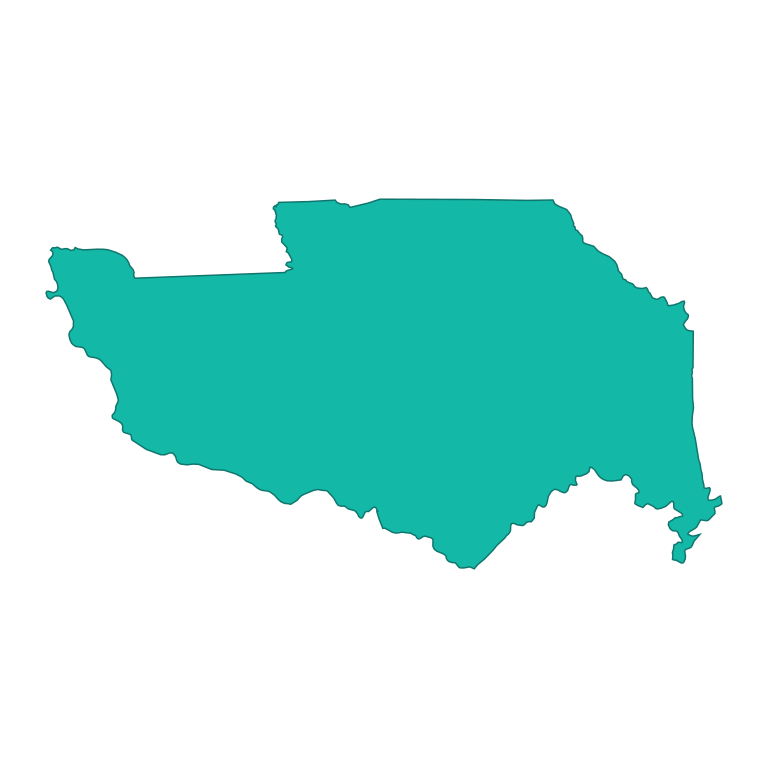 the district of Mopeia, Zambezia, Mozambique
{"feature_id": "85939544B50332228011696", "entity_name": "Mopeia", "entity_type": "district", "adm_level": 2, "iso_a3": "MOZ", "parent_name": "Mozambique", "parent_adm1": "Zambezia", "projection": "albers", "projection_center": [36.206, -17.867], "detail": "fine", "context": "isolated", "style": "filled", "palette": "teal", "viewbox_px": 768, "rotation_deg": 0, "n_neighbors": 0, "source": "geoboundaries", "source_scale": "gbopen_adm2", "svg_char_len": 6074}
<svg xmlns="http://www.w3.org/2000/svg" viewBox="0 0 768 768"><path d="M115.6,409.6L114.8,412.2L112.2,415.3L112.3,417.5L113.1,418.6L119.2,421.6L121.4,423.4L122.4,425.1L122.8,426.6L122.5,430.3L123.7,432.3L130.2,434.4L131.2,435.5L131.7,439.4L132.3,440.2L146.3,449.4L160.6,454.7L164.8,454.8L169.5,453.0L171.4,452.9L172.6,453.3L173.9,454.2L175.7,456.9L176.7,460.3L177.7,462.3L180.4,464.0L187.0,464.8L192.8,464.1L198.6,464.3L211.7,469.5L224.1,470.2L235.9,474.0L242.1,477.2L246.1,481.1L252.3,483.7L256.6,487.5L259.7,489.5L262.4,490.4L267.4,491.0L270.0,491.9L274.4,495.1L278.3,499.5L281.1,501.9L284.6,503.4L288.3,503.7L290.7,504.3L297.1,500.3L300.7,496.2L303.7,494.4L313.7,490.3L317.8,489.5L322.0,490.3L325.9,490.6L327.4,491.1L333.7,498.0L336.7,503.4L338.2,505.3L340.6,506.1L344.6,506.1L348.3,508.9L354.9,510.7L357.5,513.7L358.8,516.6L360.4,517.9L361.6,518.1L362.7,517.2L365.2,512.1L366.7,511.4L368.7,511.5L372.9,507.7L374.4,507.1L375.7,507.4L377.4,510.6L376.9,510.4L376.8,511.5L379.1,519.0L382.8,528.3L385.0,528.2L392.2,532.2L395.3,533.0L397.3,533.0L401.9,532.2L410.5,533.2L415.8,535.9L417.2,538.2L418.5,539.0L420.0,538.6L423.0,536.6L424.8,536.1L431.4,537.9L433.0,539.5L432.9,546.1L434.1,549.0L436.8,551.2L442.3,553.4L445.3,555.1L445.8,555.7L446.3,558.0L447.3,560.1L448.9,561.5L451.8,562.5L455.4,562.8L458.5,566.8L459.5,567.6L460.9,567.9L464.0,567.9L469.9,566.9L474.3,568.8L477.4,564.9L484.8,558.7L493.2,550.0L496.7,545.6L504.7,538.1L506.3,535.8L508.5,534.0L509.9,532.0L510.5,530.4L510.7,525.6L511.5,523.6L513.8,523.3L517.2,524.8L522.4,525.6L524.3,524.8L526.5,522.4L528.6,521.7L531.4,521.7L534.3,518.1L534.5,512.4L537.3,506.2L538.6,504.7L542.7,507.0L544.4,506.9L546.0,505.4L547.1,502.4L548.3,496.4L550.9,492.1L552.2,490.7L554.2,489.5L555.1,489.3L557.9,489.9L560.0,491.2L563.2,492.5L564.3,492.7L565.7,492.4L567.6,490.6L569.1,486.2L570.0,484.8L571.5,484.4L573.2,485.2L576.4,485.1L577.0,484.6L575.4,480.3L575.7,476.7L576.7,476.2L580.6,476.1L586.8,473.6L589.0,471.5L590.0,467.2L591.8,467.7L594.3,469.4L598.7,475.8L600.4,477.5L603.2,479.4L607.2,480.8L612.1,481.0L621.1,479.9L623.2,475.9L625.5,474.6L627.0,474.9L629.4,476.2L631.7,479.2L631.6,481.7L632.7,484.6L637.5,488.6L638.4,489.9L639.0,491.6L638.8,492.6L636.2,493.5L635.5,494.4L635.5,499.7L634.8,502.9L635.2,503.9L637.7,505.4L642.7,507.4L643.4,507.1L645.5,504.6L647.8,503.6L653.8,506.6L655.6,508.4L657.1,509.0L660.9,508.3L664.9,506.7L666.2,506.0L671.1,501.6L672.3,501.4L673.3,502.0L673.7,503.1L673.9,507.8L674.5,508.9L681.2,513.0L682.2,514.0L682.6,515.5L682.2,516.2L679.1,516.8L677.1,517.8L675.3,517.7L672.6,519.9L668.9,522.0L668.3,524.7L670.0,528.6L671.8,530.2L672.9,530.8L675.8,530.9L677.5,531.8L678.5,533.5L679.2,535.8L681.9,539.6L682.4,541.9L681.7,542.6L678.2,542.2L676.2,544.1L673.9,545.0L673.5,549.1L672.4,552.5L672.9,556.0L672.5,559.3L673.2,559.8L676.2,560.3L681.3,563.0L682.8,563.0L683.7,562.3L685.2,559.1L685.5,556.0L684.7,551.4L684.9,550.4L686.1,549.2L690.0,547.9L691.3,546.9L692.3,545.3L693.8,541.5L699.9,534.4L694.6,535.9L692.3,536.1L689.6,535.1L687.8,534.1L688.3,533.0L689.6,531.6L694.8,528.6L696.6,527.1L700.6,519.9L706.7,520.7L707.9,520.4L709.2,519.4L714.9,513.5L715.0,511.9L714.3,508.4L714.8,507.0L718.1,506.2L719.7,505.3L721.5,504.2L721.9,503.1L720.5,496.0L719.5,496.3L715.6,499.0L712.7,500.0L708.8,500.3L708.1,499.4L707.9,497.0L709.7,492.1L710.2,488.9L709.4,487.7L705.9,488.4L704.1,487.9L703.8,484.9L702.5,479.4L702.0,473.6L700.9,469.8L700.1,463.9L698.7,459.8L695.3,438.9L692.4,426.8L692.0,423.1L692.3,416.3L693.5,407.7L692.6,398.3L692.4,378.1L691.8,377.1L691.7,375.6L692.3,372.3L692.0,369.2L693.0,367.7L693.0,366.9L693.3,331.2L689.2,330.7L687.1,330.0L685.4,328.4L683.3,324.6L685.6,320.9L687.2,319.2L688.0,317.7L688.4,315.8L688.2,314.7L686.4,313.3L684.9,311.4L683.8,308.5L683.6,306.1L684.6,302.4L684.2,301.1L681.8,301.6L679.1,303.2L673.4,305.1L668.5,305.7L668.0,305.5L667.2,302.8L664.8,298.0L663.8,296.9L661.1,297.2L657.7,299.2L656.6,299.3L653.1,298.2L651.9,296.9L650.0,293.1L648.6,292.1L647.5,289.1L646.2,287.6L642.3,288.5L637.1,288.0L634.7,286.7L633.6,284.9L632.4,283.8L627.9,282.1L626.7,281.4L625.5,279.7L623.4,279.2L622.9,278.6L621.5,274.1L618.6,271.1L616.9,264.9L614.7,261.2L609.1,256.6L603.4,254.1L598.3,251.2L593.6,246.2L585.8,243.8L583.5,242.7L582.7,241.2L582.8,238.3L582.1,235.8L579.8,233.8L577.3,230.5L575.9,230.1L575.4,229.4L574.9,226.8L573.5,225.9L573.7,223.3L571.8,218.8L570.7,214.9L570.1,213.9L566.6,209.5L558.2,206.0L555.1,204.1L554.5,203.4L553.0,200.0L527.6,200.4L473.7,199.5L379.9,199.2L368.1,203.1L350.2,207.4L348.0,204.7L344.8,203.9L340.8,204.0L336.9,202.4L335.1,200.1L308.5,201.6L278.7,202.4L277.9,204.4L276.9,204.6L276.6,205.0L276.2,206.7L275.0,205.7L273.6,207.0L273.3,208.3L273.7,209.4L275.2,210.1L275.0,211.4L275.6,212.0L276.0,214.3L276.6,215.1L276.2,216.5L276.3,218.1L275.1,220.6L275.3,222.3L276.3,223.8L276.3,224.6L275.5,225.7L275.7,226.5L278.2,229.0L279.4,234.2L281.7,235.0L282.5,235.9L282.6,236.9L281.6,239.1L281.8,242.1L286.8,247.4L287.1,248.7L286.3,251.7L288.3,252.9L291.9,259.7L291.4,261.8L287.5,262.4L286.6,263.1L286.0,264.9L288.9,267.1L291.7,267.7L292.5,268.2L292.7,268.9L287.5,270.4L286.0,271.2L285.1,272.5L134.8,278.2L133.8,275.9L133.7,273.9L134.1,272.6L133.2,269.8L129.8,265.7L128.7,262.7L127.0,259.7L124.4,257.0L122.4,255.4L115.8,252.3L108.0,249.8L103.8,249.3L97.4,249.2L83.5,249.9L77.9,248.9L75.2,247.5L73.8,249.9L71.0,250.4L67.4,248.7L65.5,248.6L61.5,249.3L57.4,247.2L55.2,247.8L52.5,247.8L50.6,250.2L52.2,251.4L52.9,252.3L52.9,254.3L52.2,256.1L49.1,259.4L48.7,261.6L51.0,266.7L51.7,269.8L52.9,272.3L54.5,279.2L56.5,281.6L57.3,283.5L57.9,286.5L57.8,288.9L56.8,291.1L54.1,292.5L52.6,292.5L48.9,291.3L46.8,291.4L46.1,292.9L46.9,296.2L48.2,298.0L50.4,299.1L54.8,296.0L59.3,295.9L61.5,297.0L63.4,298.9L66.7,305.1L73.5,320.9L73.3,326.8L71.9,329.5L70.2,331.2L69.2,333.2L69.0,335.3L69.8,339.2L71.5,343.0L73.5,345.0L75.9,346.5L81.0,347.1L83.0,347.7L84.7,349.2L87.5,355.4L89.3,356.7L95.6,357.8L98.5,358.8L100.9,360.5L106.2,366.7L110.9,370.4L111.6,374.6L110.9,379.9L116.8,394.3L118.1,399.2L118.3,400.9L115.9,406.2L115.6,409.6Z" fill="#14b8a6" stroke="#0f766e" stroke-width="1.5"/></svg>